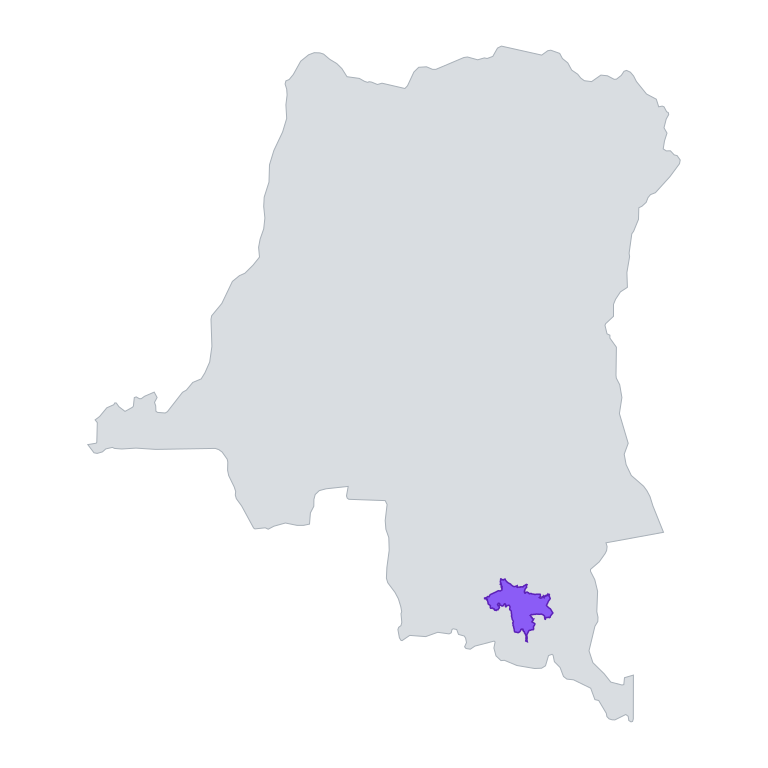 Lubudi, Katanga, Democratic Republic of the Congo (highlighted)
{"feature_id": "63176286B52782039621830", "entity_name": "Lubudi", "entity_type": "district", "adm_level": 2, "iso_a3": "COD", "parent_name": "Democratic Republic of the Congo", "parent_adm1": "Katanga", "projection": "natural_earth1", "projection_center": [26.13, -10.358], "detail": "fine", "context": "in_parent", "style": "filled", "palette": "violet", "viewbox_px": 768, "rotation_deg": 0, "n_neighbors": 0, "source": "geoboundaries", "source_scale": "gbopen_adm2", "svg_char_len": 9474}
<svg xmlns="http://www.w3.org/2000/svg" viewBox="0 0 768 768"><path d="M663.5,532.3L606.0,542.8L607.1,546.6L606.6,550.6L605.1,553.6L599.2,561.9L590.5,569.4L590.5,571.3L594.8,579.7L597.6,591.3L596.8,611.7L598.0,617.2L597.8,621.5L594.9,626.3L589.0,650.8L592.9,662.7L604.2,673.8L610.8,682.1L622.0,685.0L623.8,684.6L624.5,677.7L633.4,675.1L633.3,718.9L632.6,721.4L631.0,721.9L628.8,720.5L628.2,716.3L625.8,714.5L614.9,719.9L612.1,719.8L609.1,718.9L606.9,716.6L606.3,713.3L598.7,700.5L594.9,699.6L590.7,688.2L573.5,679.8L566.9,679.1L563.5,676.5L560.1,667.5L554.4,661.7L553.1,655.2L552.0,654.3L548.5,655.6L545.5,665.8L541.6,668.2L534.6,668.5L516.9,665.5L504.4,660.3L501.0,660.6L496.0,655.9L493.9,648.0L495.1,642.0L494.1,641.1L474.9,646.1L470.3,649.2L466.0,648.5L464.6,646.8L466.5,642.6L465.6,638.1L464.2,636.0L458.5,634.4L456.7,629.5L453.2,628.8L452.0,629.5L451.2,632.8L449.1,633.9L437.7,632.3L425.7,636.6L409.7,635.4L402.1,640.6L401.0,640.4L399.4,637.8L397.9,629.5L398.7,627.3L401.0,625.6L401.8,622.3L401.0,613.7L401.7,611.7L400.8,606.7L398.4,598.8L395.0,592.4L387.8,582.8L386.4,578.2L386.9,567.4L389.2,550.3L388.8,537.6L385.9,529.3L385.2,520.5L387.1,504.5L385.2,500.6L348.8,499.3L347.2,498.1L346.5,495.9L348.2,486.4L326.0,488.8L319.3,490.6L315.2,494.5L313.9,499.4L313.8,506.3L310.4,512.9L309.5,524.1L303.4,525.4L297.2,525.4L285.4,523.0L273.9,526.2L268.2,529.2L265.3,527.8L254.9,528.9L253.6,528.0L241.6,505.9L236.3,498.6L235.3,495.0L235.7,491.5L234.2,486.9L228.7,475.6L227.6,470.3L227.8,462.0L227.2,459.2L222.2,452.1L218.9,449.7L215.3,448.4L155.7,449.4L136.0,448.1L121.7,449.0L114.4,448.4L112.4,447.4L105.8,448.9L102.4,451.9L97.2,453.4L94.0,452.8L87.8,444.6L96.2,443.2L96.8,442.3L97.3,422.6L95.1,419.9L99.6,416.5L106.8,407.8L113.8,404.7L114.8,402.9L116.3,403.0L118.9,406.7L125.0,411.4L132.6,407.2L133.4,406.1L134.3,397.6L136.2,396.9L139.4,398.7L141.3,398.7L144.5,396.3L154.2,392.1L157.1,397.5L154.5,402.4L155.7,405.8L155.9,411.2L157.5,412.4L165.2,413.0L167.4,411.7L182.5,392.3L186.4,390.1L192.8,382.4L201.2,378.9L204.9,372.9L209.7,362.0L211.9,346.4L211.0,319.3L211.7,315.7L221.8,303.5L232.4,281.4L239.5,275.6L244.8,273.3L253.0,265.2L259.5,257.1L258.6,247.3L260.1,239.2L263.7,228.9L264.9,218.0L263.7,206.5L264.2,197.1L269.0,182.1L269.5,164.8L273.9,150.4L282.6,132.0L286.7,118.4L285.9,104.9L287.1,95.0L286.7,89.1L285.1,84.0L285.9,80.9L289.2,79.5L293.3,74.5L300.7,61.2L308.6,54.8L314.2,52.7L319.9,52.9L323.6,54.1L329.7,59.3L336.7,63.5L341.9,68.6L347.0,76.7L359.3,78.4L364.6,81.4L367.8,82.4L369.0,81.7L371.6,82.1L377.4,84.5L382.0,83.2L404.9,88.5L407.5,85.8L413.9,72.0L418.7,67.3L426.5,66.8L432.6,69.4L435.8,69.4L463.9,57.5L467.5,57.0L477.7,59.8L484.4,57.9L487.1,58.5L492.8,56.4L497.5,48.1L501.4,46.1L541.7,55.1L547.8,50.7L550.8,50.2L559.7,53.4L562.4,58.5L567.8,62.9L571.7,70.1L577.7,74.2L580.7,78.0L584.3,80.7L591.6,81.6L600.9,75.1L607.5,75.8L614.1,79.3L616.4,79.2L621.3,75.4L624.0,71.3L626.5,70.4L630.4,72.2L633.6,76.0L636.4,81.5L646.5,94.0L656.3,99.2L658.7,106.8L662.2,106.1L664.0,106.8L666.6,111.7L668.3,112.6L668.7,114.6L666.2,119.1L664.0,127.8L667.0,133.1L664.5,140.9L663.2,148.9L666.3,150.9L670.4,150.8L674.2,154.9L677.1,155.6L680.2,160.0L679.5,163.7L669.9,176.7L655.4,192.7L650.5,194.6L648.0,197.6L646.2,202.3L642.0,206.2L638.8,207.8L638.5,219.3L633.6,231.3L631.8,233.8L629.1,253.2L629.6,256.6L626.9,272.5L627.4,287.3L620.4,291.9L615.6,299.2L613.5,304.3L613.5,316.3L605.6,323.7L605.0,325.4L607.0,333.8L609.9,335.2L609.9,338.1L616.4,347.2L616.0,375.3L616.3,378.1L619.7,384.7L621.9,397.5L619.4,413.6L628.2,443.3L624.2,454.2L626.1,464.6L631.3,475.5L643.6,486.2L646.9,490.7L650.0,496.6L652.9,505.9L663.5,532.3Z" fill="#d9dde1" stroke="#a8b0b8" stroke-width="1"/><path d="M500.7,578.9L500.6,579.2L500.7,579.5L500.6,580.6L500.3,581.2L500.5,582.5L500.8,582.7L500.8,583.0L501.1,583.7L501.1,584.0L501.3,584.2L501.3,584.4L501.2,584.5L500.6,584.0L500.4,584.0L500.2,584.2L500.2,584.3L500.3,584.4L500.7,584.6L500.9,584.9L501.2,584.9L501.3,585.0L501.4,585.8L501.4,586.4L501.6,586.5L501.8,586.3L502.0,586.3L502.1,586.5L502.0,586.9L501.7,586.9L501.5,586.7L501.2,586.8L501.3,587.4L501.4,587.6L501.8,588.0L502.1,588.1L502.1,588.4L501.9,588.5L501.8,588.8L502.0,589.4L501.9,590.0L501.4,590.2L500.3,591.0L500.0,591.0L498.8,590.7L498.3,590.8L497.7,591.0L495.5,592.2L493.4,593.1L492.9,593.4L490.9,594.3L490.7,594.4L490.2,594.7L489.6,595.6L489.1,596.7L488.5,596.7L487.8,596.5L486.8,597.3L485.9,597.8L484.6,598.0L484.6,598.7L484.8,598.8L485.4,598.9L485.7,598.8L487.4,599.2L487.1,599.8L486.9,600.0L487.3,600.4L487.6,601.0L487.8,602.0L488.1,602.7L488.1,603.8L488.5,604.2L488.7,604.3L488.9,604.6L489.3,604.7L490.4,605.7L490.5,605.9L490.3,606.4L490.2,607.0L490.3,607.5L490.6,608.2L491.1,608.3L491.3,608.2L491.7,608.2L492.1,608.0L492.3,608.0L493.0,608.3L493.3,608.8L494.1,608.9L494.3,609.1L494.5,609.5L494.4,609.8L494.5,610.0L495.0,610.3L495.4,610.3L495.5,610.2L496.0,610.1L496.3,610.4L496.9,609.8L497.2,609.8L498.0,609.8L498.2,609.2L499.3,607.9L499.4,607.4L499.2,607.1L499.2,606.7L499.1,606.2L498.5,605.7L498.1,605.7L498.1,605.0L497.9,605.0L497.6,604.8L497.5,604.7L497.6,604.3L498.0,603.9L498.3,603.3L498.9,603.2L499.7,603.7L499.8,604.2L499.8,604.4L499.8,604.8L500.2,605.2L500.4,605.3L501.1,605.4L501.6,605.9L501.9,606.0L502.1,606.0L502.2,605.9L502.5,606.0L502.7,605.8L503.1,605.8L503.3,605.7L503.5,605.4L503.8,605.0L503.9,604.5L504.3,604.0L504.6,604.1L504.7,603.9L505.0,604.0L505.1,603.9L505.4,604.2L505.6,604.6L505.5,605.2L505.5,606.3L505.4,606.8L505.2,607.1L505.8,606.7L506.2,606.7L506.7,605.6L506.9,605.6L507.3,605.6L507.7,605.6L508.7,605.2L509.0,605.2L509.3,605.4L509.5,605.7L509.6,606.0L510.0,606.7L510.1,607.1L509.7,608.3L509.7,609.6L509.8,609.8L510.5,610.1L510.7,610.4L511.0,610.7L511.2,611.2L511.4,612.4L511.3,612.9L511.4,613.3L511.4,613.5L511.6,614.2L511.7,615.4L511.4,616.0L511.8,617.1L512.3,619.5L513.0,620.6L513.4,621.6L513.3,622.1L512.7,622.9L512.7,623.1L513.1,623.9L513.1,624.5L513.0,625.6L513.5,626.2L513.8,628.1L514.1,628.7L514.3,630.6L514.6,631.8L515.3,632.1L516.0,632.1L518.1,632.7L519.1,632.2L519.4,631.8L519.7,631.8L519.9,631.6L520.7,630.3L520.8,629.6L521.1,629.5L521.3,629.2L521.5,629.2L521.7,629.3L521.9,629.1L522.2,629.2L522.4,629.1L522.6,629.2L522.8,629.2L522.9,629.8L523.1,629.7L523.2,630.0L523.0,630.3L523.3,630.7L523.2,630.8L523.4,631.1L523.5,631.2L523.6,631.4L523.9,631.6L524.3,631.7L524.5,632.7L524.5,633.0L525.0,633.4L525.4,634.3L525.5,634.8L525.7,635.2L526.2,635.3L526.4,635.6L526.4,635.8L526.3,636.2L525.9,637.0L526.1,637.8L525.9,638.8L526.0,639.0L526.1,639.6L526.0,640.0L525.7,640.8L525.7,641.0L527.3,641.7L526.9,639.6L526.9,639.2L527.1,638.9L527.1,638.1L527.1,637.6L527.1,637.1L526.8,635.5L526.9,634.6L528.4,631.7L528.8,630.9L529.1,630.5L529.3,630.5L529.8,630.2L530.6,630.3L530.8,630.2L531.5,629.7L532.0,629.6L532.9,629.8L533.1,629.8L533.3,629.4L533.6,629.2L533.7,628.7L533.5,628.3L533.5,627.7L533.5,626.6L533.7,626.1L534.3,625.6L534.5,625.0L534.9,624.1L534.9,623.8L534.7,623.6L533.9,623.0L532.1,622.1L531.9,621.8L531.9,621.7L532.3,621.2L532.5,621.1L532.7,620.7L533.3,620.0L533.4,619.5L533.7,619.0L533.3,619.0L532.8,618.8L532.5,618.8L532.2,618.5L532.1,618.0L532.2,617.9L532.1,617.6L531.9,617.6L531.5,617.1L531.2,617.0L531.2,616.7L530.8,616.1L530.8,615.8L530.5,615.7L530.2,615.5L531.1,614.7L531.5,614.5L531.9,614.5L532.7,614.7L533.9,614.3L535.1,614.4L535.7,614.3L536.1,614.0L536.4,614.0L537.8,614.2L538.4,614.1L538.9,614.3L540.4,614.2L541.1,614.1L541.5,614.1L543.4,615.0L543.9,615.6L544.5,616.0L544.7,616.5L544.6,617.2L544.6,617.7L544.9,619.1L545.2,619.3L545.4,619.3L545.7,618.1L546.0,617.7L546.5,617.5L547.8,617.5L548.1,617.3L548.4,617.2L549.1,617.6L549.3,617.7L550.2,617.2L550.3,616.4L550.5,616.0L551.3,614.9L552.9,613.0L552.9,612.9L552.0,611.6L551.1,610.0L550.4,608.9L548.8,607.8L547.6,606.7L546.7,605.8L546.5,605.5L546.5,605.2L547.7,602.9L548.4,601.2L549.5,599.8L550.2,598.6L550.1,598.3L549.7,597.1L549.5,596.8L549.1,596.3L549.1,595.6L549.4,594.9L549.4,594.6L549.3,594.4L548.9,594.2L548.5,594.3L548.1,594.6L547.9,594.3L547.8,594.6L547.6,594.5L547.3,595.0L547.3,595.3L546.8,595.2L546.7,595.5L546.6,595.8L546.2,595.8L546.0,595.6L545.8,595.9L545.5,595.7L545.3,595.9L545.2,596.2L544.9,596.5L544.7,596.2L544.3,596.1L544.2,596.6L544.0,596.1L543.8,596.2L543.6,596.0L543.6,596.7L543.6,596.9L543.4,596.6L543.2,596.8L543.0,596.7L542.6,596.6L542.4,596.8L542.0,596.9L542.0,597.5L541.9,597.8L541.6,597.8L541.2,598.1L540.6,598.2L540.4,598.0L540.1,598.0L540.0,597.8L539.8,597.6L539.5,597.7L539.3,597.6L540.0,597.0L540.3,596.6L540.4,595.1L540.3,594.5L540.1,594.2L536.2,594.2L535.3,594.5L534.7,594.5L534.2,594.2L533.4,594.2L533.0,594.0L532.0,594.0L531.0,593.4L529.9,593.7L529.4,593.7L529.2,593.7L528.5,592.7L527.9,592.7L527.5,592.4L527.3,592.1L525.9,592.2L525.7,592.3L525.5,593.1L525.4,593.2L524.9,593.2L524.7,593.0L524.5,592.6L524.4,591.7L524.4,591.0L525.0,589.9L525.0,589.2L525.2,588.9L526.7,587.2L526.6,586.9L526.4,586.2L526.5,585.5L527.0,584.9L527.1,584.7L526.4,584.4L525.7,584.8L524.8,585.5L524.4,585.7L524.2,585.6L523.9,585.8L523.3,586.6L522.9,587.0L522.7,587.0L522.2,586.7L521.2,586.9L520.6,586.8L520.3,587.2L519.9,587.3L519.3,587.0L517.3,587.4L517.1,587.3L517.1,587.1L517.2,585.9L517.2,585.7L516.8,585.9L516.4,586.0L514.9,586.6L514.4,586.6L513.5,586.5L512.4,585.8L512.3,585.7L511.1,584.8L510.7,584.2L510.3,583.9L509.8,583.7L508.2,582.9L507.1,581.9L506.8,581.8L505.4,580.0L505.1,579.1L504.3,579.2L503.7,579.8L503.4,580.0L503.1,580.0L502.7,579.7L502.5,579.8L501.8,579.5L501.6,579.7L501.0,579.6L501.0,578.9L500.7,578.9Z" fill="#8b5cf6" stroke="#5b21b6" stroke-width="1.5"/></svg>